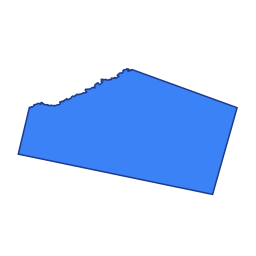 map outline of Alberta (orthographic projection), rotated 107°
{"feature_id": "CAN-632", "entity_name": "Alberta", "entity_type": "Province", "adm_level": 1, "iso_a3": "CAN", "parent_name": "Canada", "parent_adm1": "", "projection": "orthographic", "projection_center": [-116.491, 54.496], "detail": "fine", "context": "isolated", "style": "filled", "palette": "blue", "viewbox_px": 256, "rotation_deg": 107, "n_neighbors": 0, "source": "natural_earth", "source_scale": "10m", "svg_char_len": 5118}
<svg xmlns="http://www.w3.org/2000/svg" viewBox="0 0 256 256"><g transform="rotate(107 128 128)"><path d="M185.1,225.3L137.1,228.3L137.1,228.2L137.3,227.9L137.4,227.6L137.2,227.3L137.0,227.2L136.8,227.2L136.6,227.1L136.4,227.0L136.0,226.6L135.9,226.4L135.9,226.1L135.9,225.8L135.9,225.6L135.1,224.9L134.5,224.9L134.0,224.7L133.7,224.8L133.5,224.7L133.3,224.6L133.1,224.4L133.1,224.2L133.3,224.0L133.3,223.8L133.2,223.7L132.6,223.6L132.5,223.1L132.2,222.8L132.1,222.4L131.9,222.2L131.6,222.1L131.3,221.7L131.1,221.6L130.8,221.3L130.6,220.9L130.5,220.4L130.6,219.9L130.9,219.1L130.9,218.7L130.7,218.4L130.4,218.6L130.2,218.6L129.8,218.5L129.4,218.6L129.3,218.3L129.0,218.1L128.8,218.0L128.8,217.9L128.8,217.7L128.9,217.3L129.0,217.2L129.5,217.1L129.5,216.9L129.5,216.7L129.7,216.1L129.6,215.9L129.9,215.6L130.0,215.3L129.9,215.1L129.8,214.8L129.8,214.7L130.0,214.5L130.1,214.4L130.1,214.2L129.9,213.5L129.5,212.8L129.4,212.4L129.3,212.1L129.3,211.8L129.3,211.4L129.3,211.2L129.7,211.1L129.8,210.9L129.8,210.7L129.6,210.2L129.5,209.4L129.5,209.2L129.3,209.1L129.2,209.1L129.0,208.5L128.8,208.4L128.8,208.2L128.7,208.0L128.7,207.5L128.7,207.0L128.6,206.8L128.4,206.3L128.4,206.1L128.3,205.3L127.9,204.6L127.9,204.4L128.1,204.2L127.9,203.8L127.6,203.6L127.1,203.1L126.8,202.6L126.2,201.7L125.7,200.8L125.4,200.4L125.3,200.2L125.1,200.1L124.3,199.9L123.9,200.0L123.6,200.1L123.4,200.4L123.4,200.6L123.2,200.8L122.9,200.7L122.7,200.1L122.1,199.5L121.8,199.1L121.8,198.9L122.0,198.8L122.1,198.6L122.0,198.2L121.8,197.9L121.5,197.5L121.4,197.4L121.0,197.7L120.9,197.7L120.6,197.2L120.4,196.9L120.0,196.9L119.8,196.6L119.6,196.5L119.3,196.4L119.1,196.2L118.8,195.6L118.6,195.5L118.2,195.4L117.9,195.3L118.0,194.9L118.1,194.7L118.7,194.6L118.8,194.4L118.7,194.3L118.5,194.1L118.4,193.9L118.3,193.4L118.2,193.2L117.9,193.1L117.7,192.9L117.6,192.6L117.4,192.3L116.9,192.2L116.7,192.0L116.6,191.9L116.5,191.4L116.4,191.3L116.2,191.2L115.0,191.1L114.7,191.0L114.1,190.6L113.8,190.4L113.7,190.1L113.6,189.8L113.6,189.1L113.6,188.7L113.3,188.3L112.9,188.2L112.5,188.1L112.2,187.9L112.1,187.4L111.8,187.2L111.4,187.2L111.2,187.2L110.8,186.9L110.8,186.7L110.7,186.6L110.8,186.3L110.7,186.2L110.5,185.9L110.4,185.4L110.5,185.0L110.5,184.6L110.3,184.3L109.7,184.0L109.5,183.8L109.4,183.4L109.3,182.9L109.1,182.7L108.7,182.4L108.5,182.2L108.4,181.7L108.1,181.4L107.6,181.2L107.4,181.1L107.2,180.7L107.1,180.3L107.1,179.9L107.0,179.6L106.9,179.5L106.8,179.3L106.6,179.0L106.6,178.9L106.6,178.7L106.4,178.3L106.3,178.2L106.2,178.1L105.8,178.2L105.4,178.3L104.9,178.9L104.7,179.2L104.6,179.3L104.8,179.5L104.6,179.8L104.3,179.9L103.9,180.0L103.6,179.9L103.3,179.7L103.2,179.3L103.0,178.9L102.8,178.2L102.7,178.0L102.7,177.8L102.7,177.6L102.4,177.4L102.3,177.1L102.3,176.6L102.2,176.4L102.1,176.2L101.8,175.9L101.4,175.3L101.2,175.1L100.6,174.8L100.4,174.7L100.0,174.1L99.8,173.9L99.7,173.8L99.6,173.7L99.5,173.1L99.4,173.0L99.4,172.7L99.4,172.1L99.3,171.8L99.2,171.4L98.9,171.5L98.8,171.9L98.5,172.2L98.0,172.2L97.2,171.9L96.9,171.9L96.5,172.1L96.1,172.2L95.8,172.0L95.6,171.6L95.3,171.3L95.0,171.1L94.7,171.1L94.3,170.9L94.1,170.6L93.6,169.8L93.6,169.5L93.9,169.2L94.3,168.9L94.5,168.6L94.7,168.2L94.7,167.8L94.6,167.5L94.4,167.2L93.9,167.0L92.9,166.8L92.4,166.5L92.0,166.0L91.8,165.7L91.6,165.7L91.5,165.8L91.5,166.0L91.4,166.3L91.2,166.4L91.2,166.5L91.3,166.8L91.3,167.0L91.2,167.1L91.0,167.3L90.6,167.3L90.3,167.3L90.0,167.3L89.6,167.7L89.4,167.8L89.2,167.7L89.1,167.2L88.9,166.8L88.9,166.6L88.9,166.4L89.0,166.2L89.3,166.1L89.4,165.9L89.4,165.7L89.0,165.5L88.8,165.3L88.7,165.1L88.6,164.8L88.7,164.5L88.7,164.3L88.6,164.1L88.3,163.9L88.2,163.8L88.1,163.7L88.0,163.4L87.9,163.1L88.0,162.9L88.3,162.6L88.5,162.4L88.4,162.2L88.3,161.8L88.1,161.5L88.0,161.2L87.9,160.9L87.7,160.6L87.4,160.5L87.2,160.3L87.1,160.1L87.3,159.7L87.3,159.2L87.2,159.1L86.8,158.9L86.7,158.8L86.7,158.4L86.6,158.2L86.3,158.1L86.1,158.2L85.8,158.3L85.4,158.4L85.3,158.5L85.1,158.3L85.0,157.9L85.0,157.5L84.8,157.2L84.6,156.9L84.6,156.6L84.7,156.4L84.7,156.0L84.6,155.6L84.4,155.6L84.2,155.5L84.1,155.1L83.9,155.1L83.6,155.3L83.5,155.0L83.5,154.8L83.8,154.5L83.8,154.3L83.8,154.1L83.6,153.8L82.8,152.9L82.5,152.6L82.1,152.4L81.9,152.3L81.6,151.9L81.4,151.8L81.2,151.9L81.1,152.0L81.1,152.5L80.9,152.8L80.9,153.0L81.0,153.4L81.0,153.6L80.8,153.7L80.6,153.6L80.3,153.3L80.2,153.3L79.8,153.2L79.7,153.1L79.5,152.8L79.3,152.7L79.1,152.7L78.8,152.5L78.5,152.5L78.3,152.4L78.2,152.3L78.0,151.9L77.4,150.9L77.3,150.5L77.2,150.1L77.2,149.7L77.1,149.4L76.9,149.3L76.7,149.3L76.4,149.5L76.2,149.5L75.6,149.3L75.0,149.0L74.8,149.0L74.7,149.1L74.5,149.5L74.4,149.5L73.6,148.9L73.3,148.6L73.2,148.3L72.9,147.3L72.7,146.9L72.5,146.6L72.3,146.5L72.0,146.6L71.9,146.6L71.7,146.3L71.7,146.1L71.7,145.9L71.9,145.7L71.8,145.3L71.6,145.0L71.5,144.8L71.5,144.6L71.8,144.6L72.0,144.6L72.9,144.9L73.4,144.9L73.6,144.6L73.6,144.2L73.4,143.9L73.1,143.5L72.9,143.1L72.6,143.0L72.4,143.2L72.2,142.9L71.9,142.9L71.7,142.7L71.9,141.9L71.9,141.7L71.3,141.5L71.1,141.4L71.0,141.1L70.9,140.8L71.0,140.1L76.7,29.6L166.8,27.7L185.1,225.3Z" fill="#3b82f6" stroke="#1e3a8a" stroke-width="1.5"/></g></svg>